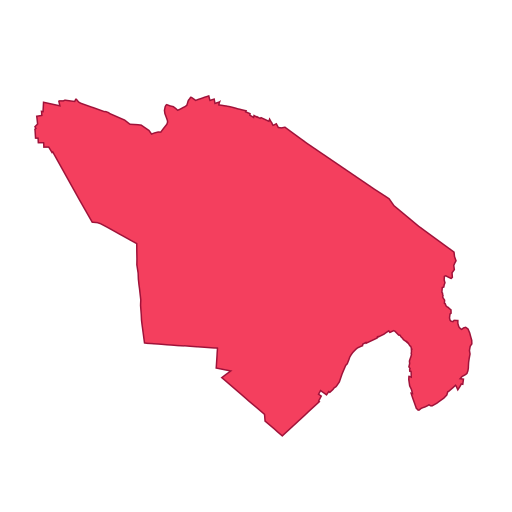 outline of Villa Aldama, Veracruz, Mexico, rotated 352°
{"feature_id": "50627088B40977064130086", "entity_name": "Villa Aldama", "entity_type": "district", "adm_level": 2, "iso_a3": "MEX", "parent_name": "Mexico", "parent_adm1": "Veracruz", "projection": "equal_earth", "projection_center": [-97.198, 19.651], "detail": "fine", "context": "isolated", "style": "filled", "palette": "rose", "viewbox_px": 512, "rotation_deg": 352, "n_neighbors": 0, "source": "geoboundaries", "source_scale": "gbopen_adm2", "svg_char_len": 5545}
<svg xmlns="http://www.w3.org/2000/svg" viewBox="0 0 512 512"><g transform="rotate(352 256 256)"><path d="M133.5,326.6L136.4,327.4L141.5,328.4L141.7,328.5L146.7,329.5L150.3,330.3L155.4,331.5L160.8,332.6L165.9,333.8L172.2,335.0L172.5,334.9L179.5,336.5L185.0,337.7L186.8,338.0L187.1,338.1L190.0,338.7L195.5,339.9L201.1,341.1L205.0,341.8L205.0,342.2L204.0,346.8L203.9,347.4L203.0,351.9L202.2,355.7L201.5,359.1L201.0,361.4L209.5,364.4L215.0,366.3L213.2,367.3L210.0,369.0L205.2,371.7L205.5,372.0L221.9,390.7L222.0,390.8L226.5,396.0L228.5,398.4L236.1,406.8L242.4,414.0L242.3,416.1L242.0,420.8L242.5,421.3L247.5,426.9L250.1,429.8L252.8,433.1L256.3,437.0L257.0,437.8L260.0,435.7L269.1,429.4L272.5,427.1L275.6,424.9L277.4,423.7L279.1,422.5L282.6,420.1L286.2,417.5L287.5,416.6L298.4,409.1L298.0,408.7L297.8,408.4L301.1,403.8L298.7,401.6L301.2,398.2L303.7,400.6L306.5,403.3L309.2,400.4L310.1,401.3L313.6,398.9L315.1,397.4L316.9,396.6L317.8,395.8L321.0,392.3L324.7,385.0L325.5,383.6L329.6,376.8L331.3,375.5L333.6,371.5L334.8,369.1L336.5,367.0L338.2,365.2L340.3,363.5L342.3,362.0L343.8,361.1L347.9,359.9L349.0,359.7L349.1,359.3L349.2,359.0L349.4,358.2L352.8,356.9L352.9,357.7L364.5,354.1L365.0,352.9L365.3,352.8L365.2,353.4L370.7,351.6L371.9,351.2L373.5,350.3L376.0,349.1L377.0,348.6L377.9,350.3L379.4,349.9L379.9,349.7L381.9,349.1L382.0,349.2L382.6,349.5L383.0,349.7L386.3,354.2L387.6,354.5L388.3,356.1L388.8,356.8L389.7,357.9L390.3,359.3L392.7,361.5L393.5,362.5L393.6,362.1L394.1,362.7L394.6,363.4L395.9,366.4L396.6,366.9L397.2,369.6L396.9,369.5L396.7,372.1L396.1,374.3L396.3,375.0L395.6,376.8L394.0,379.9L393.3,381.4L393.2,383.9L392.0,387.0L392.9,388.9L392.3,390.0L392.3,391.6L393.3,391.7L393.5,392.4L392.9,397.6L391.2,396.6L390.7,396.5L390.1,399.5L390.1,403.6L390.1,406.0L391.2,409.3L391.4,410.4L391.8,414.0L390.5,413.5L391.5,419.0L392.5,423.8L393.6,429.3L394.4,430.1L395.0,431.1L396.0,431.3L398.3,429.9L400.1,429.4L402.3,429.0L405.1,428.1L406.6,427.4L408.0,428.6L409.5,428.9L414.7,426.9L416.6,425.8L422.2,422.9L425.6,420.2L426.8,417.5L427.0,417.1L427.9,416.9L429.9,415.6L432.7,413.8L435.6,411.8L436.2,413.0L437.2,416.6L439.8,413.6L441.5,411.3L442.9,411.8L444.3,406.8L441.1,405.9L443.3,404.0L446.7,402.7L448.0,402.0L448.6,401.6L448.9,400.9L449.8,399.3L450.7,396.5L450.9,395.2L451.5,392.1L451.8,390.7L452.8,387.3L454.3,382.8L454.2,379.3L455.5,375.3L456.6,374.0L457.5,373.1L457.9,369.5L457.4,366.0L456.9,361.9L455.8,357.8L453.7,355.8L451.5,356.1L449.4,357.3L448.1,356.1L447.0,354.3L446.5,350.8L446.9,348.0L443.2,347.3L441.9,348.4L440.0,347.7L439.2,346.5L439.0,344.3L439.9,340.9L440.0,340.5L440.1,340.4L441.2,339.8L441.6,336.5L440.0,334.8L439.5,334.0L439.3,333.7L439.0,333.6L438.5,333.3L437.2,331.8L436.8,329.7L436.0,329.1L436.6,326.0L435.7,324.1L435.5,323.7L435.1,322.6L435.7,321.3L435.4,319.7L435.6,318.8L435.0,317.8L436.1,313.1L437.6,312.9L438.4,310.6L439.4,308.8L439.0,305.9L439.7,302.4L441.2,302.0L442.8,303.2L443.2,303.5L446.1,305.4L447.5,304.4L447.5,304.0L447.8,299.9L450.5,297.1L450.5,292.9L451.9,290.6L453.4,288.6L452.5,284.2L452.6,280.8L452.6,279.7L421.2,249.2L399.6,225.4L395.8,217.9L394.6,216.8L382.6,206.4L322.2,151.6L308.3,138.1L302.6,132.5L299.0,132.7L296.0,131.9L294.5,127.9L292.8,128.5L291.1,129.0L290.5,127.6L290.2,126.4L289.4,124.8L288.5,122.4L287.5,124.4L283.2,121.6L281.0,120.2L280.4,119.8L280.2,119.7L279.2,120.3L276.5,118.3L276.3,118.7L275.8,118.3L275.5,118.1L275.4,118.0L273.6,116.6L272.9,118.5L269.5,115.7L269.9,114.2L265.8,111.8L266.4,110.8L265.0,110.3L263.0,109.5L262.9,109.5L260.8,108.6L260.0,108.3L259.8,108.2L259.6,108.2L258.4,107.7L257.4,107.3L257.3,107.2L256.3,106.7L255.0,106.2L254.4,105.9L251.9,104.9L249.8,104.1L249.6,104.1L248.1,103.6L247.7,103.4L245.8,102.9L245.5,102.8L243.7,102.2L243.0,102.0L240.2,101.2L240.8,99.5L241.4,98.3L241.2,98.4L238.2,98.9L238.0,99.0L236.6,99.2L236.4,94.8L233.9,95.2L232.1,95.6L232.0,95.3L231.5,90.9L229.4,91.3L227.2,91.6L225.1,92.1L223.0,92.5L221.2,92.8L220.6,92.9L218.5,93.4L218.1,93.4L217.8,93.5L217.1,92.7L215.8,91.5L214.5,90.3L213.6,89.7L213.0,90.1L212.3,91.0L211.5,91.7L211.4,91.9L211.0,92.1L210.5,92.8L210.0,93.8L209.5,95.0L209.2,95.7L208.9,96.1L208.5,97.1L207.4,97.7L206.5,98.2L205.5,98.5L204.3,98.9L202.5,99.6L201.1,100.1L199.4,100.6L198.8,100.8L198.7,100.8L198.4,100.4L197.7,99.6L197.2,98.9L196.4,98.1L194.9,96.6L191.8,95.4L189.8,94.3L188.6,93.7L187.8,94.2L186.8,95.6L185.6,99.1L185.6,102.3L186.4,105.9L187.1,109.3L187.1,111.1L186.4,112.4L186.1,113.1L182.4,116.6L178.9,120.1L176.4,119.6L172.8,120.0L169.5,120.7L167.5,116.8L160.5,110.4L156.6,109.4L149.5,108.0L144.8,103.1L140.2,100.3L134.7,96.9L130.8,94.5L130.3,93.9L130.1,93.6L127.3,92.1L125.8,91.9L114.9,86.1L114.7,86.1L103.8,80.4L101.8,78.9L99.9,75.8L99.3,75.7L98.0,77.7L95.9,77.2L88.5,75.1L86.7,75.6L82.8,75.0L82.3,75.3L82.7,80.0L67.0,74.2L65.2,83.4L64.0,83.0L63.7,82.9L63.7,83.6L63.5,87.0L58.3,87.1L58.3,88.6L58.1,94.9L55.1,97.2L55.8,99.0L54.7,99.7L54.7,100.4L54.7,100.9L54.1,108.6L56.6,109.0L56.2,113.5L57.3,113.7L59.6,114.0L61.4,114.3L61.4,115.5L61.3,116.5L61.1,118.7L62.1,118.8L65.2,119.2L65.4,119.3L65.9,119.3L68.4,125.1L68.8,124.8L69.2,124.6L89.1,176.1L98.5,199.7L103.6,200.9L106.6,202.4L110.5,205.2L117.6,210.5L121.0,213.1L124.0,215.4L126.6,217.3L129.1,219.2L132.3,221.6L134.2,223.1L139.6,227.1L139.6,227.4L138.6,234.9L137.7,242.3L137.1,246.2L136.8,248.1L136.8,248.7L136.9,256.3L136.9,256.6L136.3,262.5L136.1,268.5L136.1,271.5L136.1,272.2L135.8,283.5L135.1,287.2L134.8,289.0L134.2,298.3L133.7,303.6L133.6,308.6L133.6,309.3L133.6,311.6L133.5,324.9L133.5,326.6Z" fill="#f43f5e" stroke="#9f1239" stroke-width="1.5"/></g></svg>